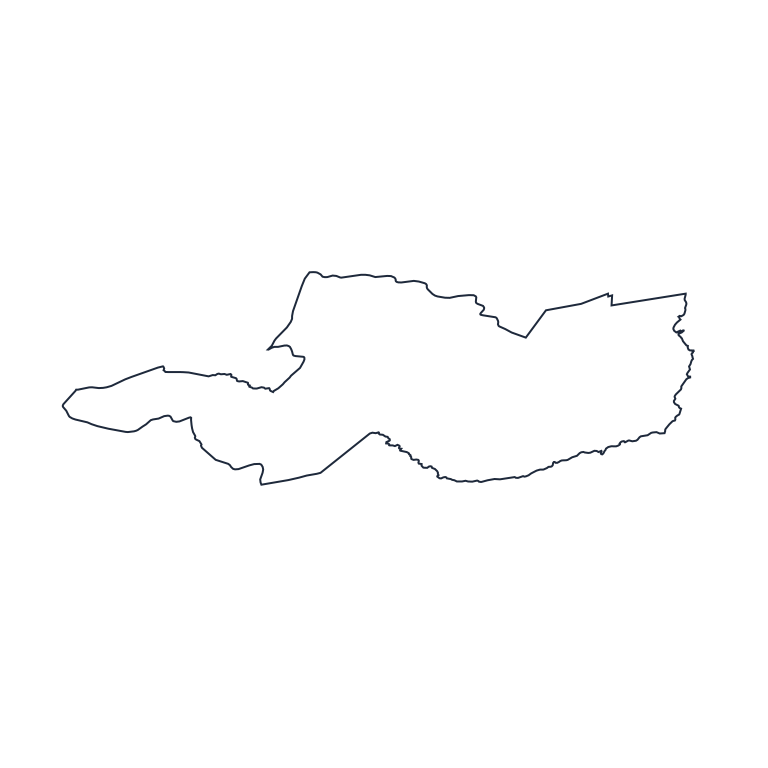 Blönduósbær, Norðurland vestra, Iceland (Natural Earth projection), rotated 164°
{"feature_id": "244011B97005072200428", "entity_name": "Blönduósbær", "entity_type": "district", "adm_level": 2, "iso_a3": "ISL", "parent_name": "Iceland", "parent_adm1": "Norðurland vestra", "projection": "natural_earth1", "projection_center": [-20.065, 65.651], "detail": "fine", "context": "isolated", "style": "outline", "palette": "slate", "viewbox_px": 768, "rotation_deg": 164, "n_neighbors": 0, "source": "geoboundaries", "source_scale": "gbopen_adm2", "svg_char_len": 6093}
<svg xmlns="http://www.w3.org/2000/svg" viewBox="0 0 768 768"><g transform="rotate(164 384 384)"><path d="M529.6,321.0L502.3,318.0L491.6,317.4L483.5,317.3L473.3,316.2L469.5,316.1L411.3,340.3L408.6,340.4L405.5,339.0L402.5,339.0L402.3,338.7L402.7,337.8L401.9,336.6L399.1,335.5L397.1,333.1L395.1,332.2L394.7,330.5L393.8,329.6L393.8,328.5L394.3,328.0L397.7,327.5L398.3,326.3L396.1,325.4L395.6,324.5L395.9,323.7L395.4,323.4L392.6,322.6L390.6,321.3L387.8,321.8L386.2,320.4L386.2,319.6L387.2,318.5L387.2,318.0L386.8,317.6L385.3,317.0L386.8,315.8L386.7,315.4L380.9,312.3L379.3,310.7L379.1,310.1L379.3,309.8L379.2,309.4L378.2,308.4L378.1,308.1L378.6,307.4L378.0,306.4L378.4,304.6L378.2,304.2L376.5,302.9L373.8,302.5L372.1,301.7L371.8,301.3L371.7,300.5L372.6,298.9L372.5,297.9L369.9,296.7L370.4,295.1L369.4,293.0L368.9,292.6L365.6,291.5L363.4,292.3L361.9,292.1L361.0,291.5L360.9,290.1L358.5,288.3L356.9,285.5L356.6,283.9L357.0,282.8L356.7,281.4L358.2,280.7L358.3,280.3L356.6,278.1L355.1,277.5L352.7,277.9L350.8,277.7L349.8,277.0L349.6,276.0L346.0,274.2L344.9,273.1L342.9,272.1L340.8,270.2L335.9,268.8L332.3,268.5L330.0,267.1L326.1,265.8L321.1,265.5L320.0,264.7L319.7,264.0L318.3,263.3L317.3,263.0L310.9,262.9L303.9,262.2L298.8,260.4L284.0,258.5L283.1,257.5L281.1,256.8L275.7,257.1L274.7,256.3L273.1,256.1L270.2,256.4L267.2,257.5L261.2,258.7L257.6,258.7L254.3,257.8L250.6,258.3L248.7,259.0L246.4,258.5L245.5,258.6L244.3,259.3L243.1,261.6L242.2,262.2L241.4,262.0L240.8,261.0L239.3,260.5L237.4,260.8L235.7,261.4L234.0,261.5L229.9,260.5L228.4,260.4L223.3,261.7L218.3,261.8L215.0,263.6L213.2,264.0L211.0,263.7L210.0,262.9L206.6,261.4L204.6,261.1L200.2,261.8L198.0,261.0L196.6,259.5L193.5,259.8L193.4,259.3L194.7,257.8L194.5,256.7L193.6,256.2L192.3,256.8L190.4,258.8L189.3,259.5L188.4,260.7L185.8,261.6L182.7,261.5L178.1,260.1L176.0,260.2L174.2,260.7L173.7,261.1L173.5,261.8L173.7,262.0L172.6,262.8L171.2,263.2L169.3,263.0L168.8,262.6L168.7,261.7L168.2,261.5L164.7,262.3L163.8,262.1L161.1,260.5L157.4,260.0L155.7,260.5L153.0,262.4L151.5,262.9L144.7,262.1L140.6,263.4L138.9,263.3L135.3,262.6L132.6,260.4L127.9,259.4L126.7,261.2L126.4,262.3L125.7,263.2L120.8,266.6L117.1,268.6L116.1,268.8L114.5,268.7L113.8,269.4L113.3,271.4L112.6,272.0L110.8,272.8L108.7,273.3L108.3,273.7L105.2,278.4L106.4,279.4L106.8,280.3L106.8,281.9L109.6,284.5L110.1,285.9L110.3,286.7L110.0,287.8L108.0,289.5L108.2,291.6L107.7,292.4L106.4,293.5L100.1,296.9L99.2,298.2L99.1,299.2L98.8,299.8L92.1,305.2L90.1,305.9L87.9,305.9L87.7,306.7L89.4,307.3L89.7,307.8L90.2,309.9L89.1,311.1L85.9,313.6L85.9,316.8L83.9,318.6L82.4,321.0L81.5,322.1L80.0,323.0L80.1,325.1L79.9,325.6L80.2,327.7L79.9,328.3L78.3,329.2L78.1,329.7L78.5,330.0L78.5,330.4L77.2,330.4L77.2,330.9L80.7,332.0L81.8,333.2L82.0,335.3L81.4,336.9L82.5,337.6L82.9,338.3L84.8,342.7L85.1,345.8L85.7,346.7L86.0,347.8L86.7,348.5L87.4,350.1L86.9,351.1L83.6,351.5L81.2,352.6L81.2,352.9L81.8,353.1L84.0,352.0L86.6,351.6L87.6,352.9L84.2,353.5L84.4,353.7L88.8,353.0L90.4,355.2L90.7,357.2L90.1,358.5L87.9,360.8L85.4,362.4L81.3,364.2L81.7,364.9L82.0,367.2L82.3,367.5L81.1,368.0L79.5,367.2L77.0,367.8L75.9,368.7L74.0,371.7L73.6,373.0L73.7,374.0L71.5,377.1L71.1,378.2L71.1,379.4L71.8,381.9L71.5,383.2L69.4,386.7L69.1,387.7L143.6,396.8L140.3,406.3L144.3,406.3L143.8,409.1L172.4,406.7L208.0,410.2L234.9,389.5L247.1,398.3L252.3,403.4L257.3,407.6L257.8,408.3L258.0,410.0L257.1,412.0L257.0,413.2L257.4,415.8L257.7,416.6L258.4,417.4L269.8,422.7L271.8,423.8L272.2,424.3L272.1,424.9L271.3,425.6L267.6,427.9L266.8,429.3L266.7,430.0L267.3,431.8L271.9,435.2L272.8,436.2L273.1,436.9L273.0,437.9L271.4,441.9L271.6,442.9L273.3,444.6L277.7,446.0L288.5,448.1L297.1,448.7L301.5,450.1L308.4,453.4L310.6,454.9L312.6,457.2L315.8,462.9L316.2,464.0L316.2,465.5L315.7,466.6L315.7,467.7L316.0,468.5L317.0,469.6L322.3,472.9L326.9,474.9L339.3,476.8L342.1,477.7L343.5,478.5L344.2,479.4L344.3,480.1L344.0,481.1L344.1,482.3L344.7,483.5L347.5,485.8L351.1,487.0L362.9,489.2L367.8,492.4L371.8,494.1L376.0,495.3L395.7,498.0L396.8,498.5L400.0,501.0L403.5,502.4L409.0,502.4L411.4,503.0L413.5,504.1L414.7,506.8L417.3,509.4L418.7,510.2L421.0,511.0L424.8,511.9L431.1,507.1L436.1,500.7L451.4,479.1L453.6,474.7L454.4,472.0L456.5,469.4L461.8,465.1L475.2,457.5L477.3,455.9L481.3,451.7L486.1,449.1L485.6,448.9L482.0,449.8L479.2,449.9L475.6,448.9L469.1,448.4L466.7,447.8L465.1,446.7L464.2,445.6L463.6,443.0L463.4,440.4L463.5,437.9L463.4,436.9L463.1,436.3L461.5,435.3L454.1,432.4L453.5,431.9L453.3,431.2L453.7,429.6L455.1,427.7L460.3,422.6L471.1,417.6L472.9,416.2L479.1,413.1L481.3,411.6L486.8,409.0L491.8,407.7L492.8,406.8L495.0,408.7L495.3,409.5L495.3,411.2L495.6,411.7L499.4,412.2L500.4,413.6L502.7,414.7L507.6,414.7L511.1,415.8L512.0,417.0L514.2,418.5L514.2,419.0L513.5,419.6L514.6,420.4L514.9,421.0L514.5,422.0L514.5,422.7L518.9,425.7L522.6,426.4L524.1,427.2L524.4,427.6L524.3,429.7L524.7,430.4L528.8,433.0L528.8,433.7L528.3,434.5L528.2,435.1L528.8,435.9L532.6,436.2L534.6,437.6L538.1,438.3L539.9,439.5L541.4,439.6L543.7,438.9L546.2,439.8L550.5,439.7L568.6,448.9L574.5,451.0L590.6,455.7L591.1,456.3L591.3,457.1L592.1,457.9L591.0,459.6L591.3,461.5L591.6,461.9L596.8,462.1L624.8,460.4L631.5,459.8L646.5,457.3L651.6,457.3L655.1,457.7L659.3,458.7L665.5,461.3L668.3,462.0L679.6,462.9L681.5,463.4L682.4,462.5L697.7,453.0L698.6,452.0L698.9,451.2L698.8,450.3L696.8,445.9L695.7,440.1L695.2,439.0L693.1,436.8L690.4,434.9L679.7,428.9L676.2,426.0L671.1,422.5L661.3,417.0L645.6,409.2L643.5,408.4L637.3,407.4L635.0,407.4L633.2,407.7L627.9,409.6L623.8,410.8L618.2,413.5L615.9,413.6L610.2,412.9L604.2,413.7L600.6,413.2L599.4,412.7L598.2,411.5L597.2,407.2L596.8,406.4L594.1,404.9L590.9,404.4L580.6,405.4L579.2,405.3L578.7,404.7L579.4,402.5L580.3,397.6L580.7,394.3L580.8,390.4L579.8,386.2L579.9,385.5L580.6,384.6L580.6,383.7L580.4,382.9L579.4,381.9L577.2,380.0L576.1,376.2L576.9,375.2L576.6,372.9L566.7,357.5L555.8,350.2L554.5,348.5L553.8,346.3L552.4,344.0L550.7,343.0L547.3,342.3L536.0,342.9L530.9,342.8L525.6,341.5L524.2,340.3L523.5,337.8L523.7,335.1L525.2,332.1L529.3,326.4L529.8,323.4L529.6,321.0Z" fill="none" stroke="#1e293b" stroke-width="2"/></g></svg>